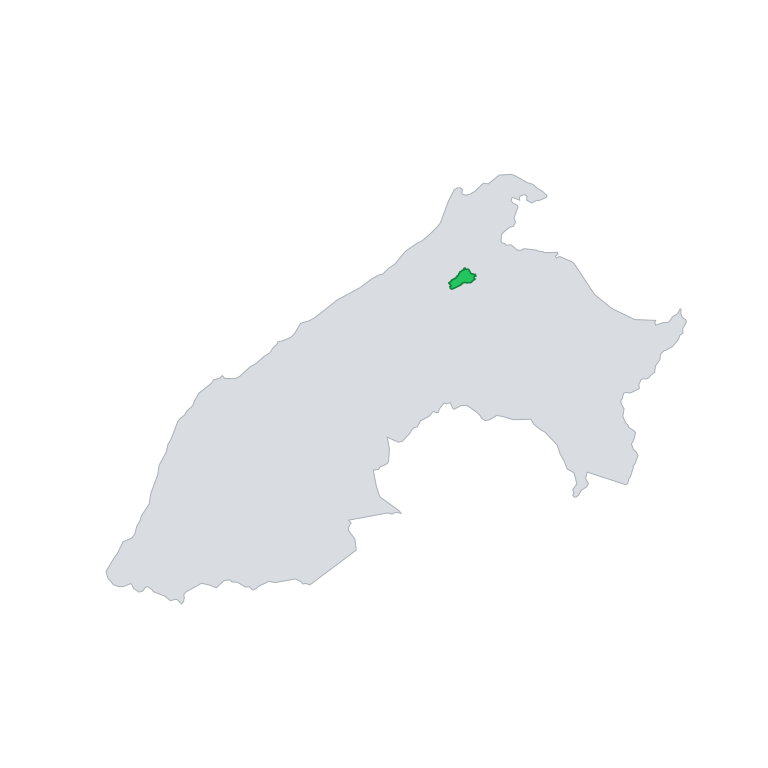 Luya, Amazonas, Peru shown in context, rotated 79°
{"feature_id": "86281439B36739212274860", "entity_name": "Luya", "entity_type": "district", "adm_level": 2, "iso_a3": "PER", "parent_name": "Peru", "parent_adm1": "Amazonas", "projection": "natural_earth1", "projection_center": [-78.033, -6.324], "detail": "fine", "context": "in_parent", "style": "filled", "palette": "green", "viewbox_px": 768, "rotation_deg": 79, "n_neighbors": 0, "source": "geoboundaries", "source_scale": "gbopen_adm2", "svg_char_len": 7764}
<svg xmlns="http://www.w3.org/2000/svg" viewBox="0 0 768 768"><g transform="rotate(79 384 384)"><path d="M531.6,216.6L531.4,218.8L529.1,219.9L526.9,218.3L523.7,218.8L518.9,213.7L507.4,214.5L502.3,220.5L494.7,221.7L486.3,224.5L476.9,225.6L462.1,235.1L458.8,239.0L452.1,244.6L446.6,246.5L443.8,263.7L438.5,273.8L436.4,279.3L439.3,287.6L439.2,291.7L436.2,295.0L433.7,295.4L428.7,298.9L421.1,306.5L419.8,312.4L422.2,320.1L421.4,321.0L415.1,322.5L415.3,326.8L414.0,328.5L419.2,334.6L422.2,336.1L422.3,337.7L421.8,339.2L420.6,339.9L420.5,341.3L424.3,345.9L427.1,355.1L432.5,359.6L432.6,362.5L434.2,365.5L437.1,367.7L443.7,376.9L443.8,381.2L436.8,391.0L448.3,391.0L460.9,394.3L462.6,395.9L464.1,400.3L464.3,403.2L466.8,405.6L466.5,411.0L483.1,411.0L493.9,409.7L511.4,393.3L514.2,391.9L512.7,395.5L512.4,398.0L513.3,400.9L511.3,404.9L510.9,444.9L514.1,442.8L518.1,446.5L521.1,446.7L530.7,442.2L541.7,442.9L567.1,495.2L564.8,498.8L564.9,501.5L561.8,503.8L558.5,508.0L558.2,528.8L555.5,535.1L556.9,538.4L558.3,545.0L560.6,549.0L561.2,551.5L560.9,552.5L557.3,554.8L557.0,558.5L550.5,566.0L549.3,571.0L546.9,572.7L546.4,578.3L552.1,587.6L548.3,593.1L544.8,601.2L550.5,618.4L552.8,620.9L555.4,620.7L559.2,622.2L561.2,624.8L556.4,628.0L555.6,629.4L555.9,635.1L550.7,639.3L543.8,650.1L541.9,650.7L538.4,653.9L537.7,655.6L538.3,657.1L541.2,660.3L541.5,664.3L536.5,669.1L533.0,669.6L531.6,670.9L533.0,677.6L532.9,680.6L531.8,684.1L529.3,687.9L521.9,692.0L515.2,692.7L503.8,682.7L500.3,678.7L489.0,670.2L487.3,661.4L483.6,657.1L476.6,653.9L471.2,649.3L467.0,647.2L456.9,637.3L447.5,634.1L430.2,623.6L420.8,620.2L408.8,610.4L402.3,607.8L397.1,603.2L381.3,593.5L378.8,590.4L376.4,585.6L372.9,582.7L369.0,576.2L363.1,572.3L357.5,567.2L350.5,553.5L347.3,550.3L347.0,544.1L344.8,541.2L348.1,539.2L350.3,529.4L349.2,524.6L341.2,511.5L339.7,506.1L333.8,496.1L331.7,490.1L327.0,485.7L325.0,481.9L322.4,480.3L322.3,475.7L320.5,466.9L317.9,462.5L308.5,454.3L307.6,445.3L305.6,439.1L292.5,413.8L285.0,389.6L278.6,376.2L276.0,368.4L275.8,364.2L271.1,357.1L268.5,350.5L257.9,337.9L251.8,323.8L250.9,319.7L246.7,312.0L240.0,301.9L236.6,297.9L216.2,285.5L206.6,277.9L205.5,274.1L206.0,271.8L208.1,269.7L211.0,271.3L212.7,270.7L214.1,267.9L214.2,263.7L212.4,258.4L205.8,248.0L207.5,243.3L200.9,231.2L202.4,219.5L203.9,216.5L213.8,204.7L216.5,199.6L220.7,196.5L225.1,191.7L230.3,188.0L231.8,189.3L233.3,195.6L233.1,199.9L234.5,204.5L230.9,208.8L227.0,207.9L225.5,209.0L224.9,211.0L225.5,214.2L226.6,215.6L229.5,215.7L225.5,221.9L225.8,223.1L228.6,224.3L231.2,222.7L234.0,219.1L235.7,218.6L245.7,224.7L250.3,224.0L253.8,226.8L254.2,231.2L259.2,239.9L266.6,242.0L267.9,241.3L269.6,238.1L271.2,237.6L271.5,232.7L278.0,227.6L278.9,224.1L278.0,221.6L278.2,219.6L281.9,208.2L283.1,207.0L284.2,203.4L285.7,201.1L287.9,188.4L289.7,188.4L291.3,191.4L293.3,190.6L292.3,187.8L292.6,186.8L299.7,176.6L302.0,174.4L336.4,160.2L353.5,145.8L368.6,125.5L373.4,105.1L375.1,106.5L378.0,106.0L377.0,97.8L377.7,93.8L377.6,92.6L372.9,87.7L371.0,82.3L366.9,79.2L367.0,78.1L371.4,79.2L375.3,78.7L378.7,75.3L381.2,75.6L386.8,80.3L391.0,80.7L392.4,84.0L396.4,86.4L402.2,93.5L404.8,101.2L404.6,102.6L407.2,106.6L412.8,108.6L418.3,114.2L424.1,116.0L426.7,121.1L428.3,122.8L429.1,125.7L428.2,129.1L429.0,131.0L433.3,134.0L436.9,134.1L437.7,135.6L439.8,144.0L438.4,148.3L438.9,150.7L443.7,152.7L445.2,154.6L448.9,154.9L454.3,153.1L461.0,155.7L466.2,154.8L468.6,154.1L471.0,152.2L473.0,152.3L478.3,146.9L479.8,146.4L485.4,148.8L490.1,152.5L495.9,151.8L498.4,149.6L502.6,148.3L510.2,152.8L511.9,155.0L514.0,155.4L522.2,159.9L523.6,161.7L527.9,163.5L528.8,164.9L528.6,166.6L509.3,201.3L515.2,204.2L520.8,202.4L523.7,204.7L525.8,210.3L530.1,214.1L531.6,216.6Z" fill="#d9dde1" stroke="#a8b0b8" stroke-width="1"/><path d="M294.1,272.7L294.1,272.8L293.9,273.1L294.0,273.3L294.0,273.5L293.8,273.9L293.7,274.1L294.0,274.6L293.9,274.7L293.5,274.8L293.4,274.8L293.3,275.1L293.1,275.5L292.9,275.8L293.0,275.9L292.9,276.0L293.0,276.2L293.1,276.6L292.7,276.9L292.4,277.0L292.2,277.1L291.9,277.4L291.7,277.9L291.5,278.1L291.2,278.0L290.9,278.0L290.6,278.0L290.2,278.1L289.7,278.2L289.4,278.5L289.2,278.6L289.2,278.8L288.8,278.7L288.7,278.7L288.3,278.7L288.2,278.8L287.8,279.0L287.6,279.1L287.4,279.4L287.2,279.7L287.2,280.1L287.2,280.3L287.1,280.6L287.2,280.8L287.2,281.0L287.1,281.3L287.1,281.6L286.9,281.7L286.9,281.8L286.8,281.7L286.7,281.8L286.3,282.1L286.1,282.2L285.9,282.2L285.9,282.3L285.7,282.4L285.8,282.5L285.8,282.8L285.7,282.9L285.7,283.0L285.9,283.2L285.9,283.3L286.1,283.2L286.2,283.4L286.3,283.7L286.5,283.7L286.8,283.8L287.0,284.0L287.1,284.3L287.1,284.6L287.2,284.8L287.2,285.2L287.3,285.5L287.5,285.5L287.5,285.9L287.6,286.0L287.8,286.0L287.9,286.3L288.0,286.6L288.2,286.8L288.3,287.4L288.2,287.6L288.2,287.9L288.3,287.9L288.5,288.1L288.9,288.3L289.0,288.4L289.1,288.6L289.4,288.6L289.5,288.6L289.6,288.8L289.8,289.1L289.8,289.3L289.9,289.5L290.0,289.5L290.0,289.3L290.0,289.2L290.3,289.3L290.6,289.4L290.7,289.5L290.8,289.6L290.9,289.9L291.0,290.0L291.5,290.5L291.6,290.8L291.6,291.1L291.8,291.1L291.8,291.4L291.8,291.5L292.0,291.5L292.0,291.4L292.2,291.5L292.3,291.4L292.5,291.8L292.8,292.0L292.8,292.3L292.9,292.7L293.0,292.7L293.3,292.7L293.4,292.8L293.5,292.8L293.5,293.3L293.7,293.5L293.9,293.7L294.0,293.8L294.0,294.0L293.9,294.1L294.0,294.3L293.9,294.5L294.0,294.6L294.0,294.8L293.9,295.0L294.0,295.1L294.4,295.3L294.5,295.5L294.4,295.9L294.4,296.1L294.5,296.3L294.6,296.7L294.8,296.9L294.9,297.0L294.9,297.4L294.8,297.5L294.9,297.8L295.1,297.9L295.2,298.2L295.5,298.1L295.7,298.3L295.6,298.5L295.8,298.7L296.0,298.8L296.3,298.8L296.4,299.0L296.5,299.3L296.6,299.7L296.6,300.0L296.8,300.1L296.7,300.3L296.8,300.5L296.9,301.0L297.1,301.2L297.3,301.1L297.7,301.1L297.9,300.6L297.9,300.3L298.2,300.3L298.4,300.3L298.5,300.2L298.9,300.0L299.1,300.1L299.2,299.9L299.6,299.7L299.7,299.4L299.8,299.3L300.3,299.3L300.4,299.5L300.6,299.6L300.7,300.1L300.9,300.4L301.0,300.5L300.9,300.7L301.0,300.8L301.1,300.7L301.5,300.7L301.8,300.6L302.1,300.5L302.3,300.5L302.7,300.7L302.8,300.7L303.0,300.4L303.1,300.1L303.3,299.9L303.5,299.8L303.7,299.7L303.8,299.4L303.8,299.1L303.8,298.9L303.7,298.6L303.8,298.4L303.8,298.2L303.7,298.1L303.7,297.9L303.6,297.7L303.4,297.5L303.3,297.4L303.3,297.2L303.4,296.9L303.4,296.7L303.3,296.4L303.2,296.1L303.1,295.9L303.1,295.6L303.0,295.4L302.9,295.2L302.9,294.9L302.9,294.7L302.8,294.2L302.7,293.8L302.5,293.6L302.2,293.2L302.2,292.8L302.0,292.5L302.0,292.4L302.0,292.2L301.9,292.1L302.0,291.9L302.0,291.7L302.0,291.4L302.0,291.2L301.9,291.0L301.6,290.7L301.5,290.4L301.6,290.1L301.6,289.9L301.5,289.7L301.3,289.8L301.2,289.7L300.9,289.3L300.7,288.9L300.7,288.6L300.7,288.4L300.3,288.4L300.2,288.3L300.1,288.1L300.1,287.7L299.9,287.4L300.0,287.2L299.9,287.0L299.9,286.8L299.8,286.7L299.7,286.4L299.8,286.4L299.8,286.0L299.8,285.9L299.8,285.7L299.6,285.6L299.6,285.4L299.6,285.1L299.7,284.9L299.7,284.7L299.9,284.4L300.1,284.4L300.2,284.2L300.3,284.0L300.3,283.9L300.4,283.5L300.5,283.4L300.7,283.1L300.7,282.9L300.8,282.9L300.8,282.7L300.7,282.6L300.7,282.4L300.5,282.1L300.6,281.9L300.7,281.7L300.7,281.3L300.7,281.1L300.8,280.9L300.9,280.7L301.0,280.3L300.9,280.1L301.0,279.9L301.0,279.6L301.1,279.4L300.9,279.2L300.7,279.1L300.5,278.3L300.3,278.1L300.2,278.1L300.1,277.9L299.9,277.8L299.9,277.7L299.8,277.3L299.6,277.3L299.6,277.2L299.3,276.8L299.2,276.4L299.1,276.2L298.9,276.1L298.9,275.9L299.0,275.7L298.9,275.6L298.8,275.3L298.7,275.3L298.7,275.2L298.5,274.8L298.4,275.0L297.9,275.0L297.8,275.3L297.4,275.2L296.5,275.3L296.3,275.2L296.1,275.1L296.0,274.9L295.7,274.6L295.7,274.3L295.7,274.2L295.5,273.8L295.6,273.6L295.8,273.4L295.7,273.2L295.3,273.3L295.2,273.3L294.9,273.3L294.6,273.3L294.4,273.3L294.2,273.2L294.1,272.7Z" fill="#22c55e" stroke="#15803d" stroke-width="1.5"/></g></svg>